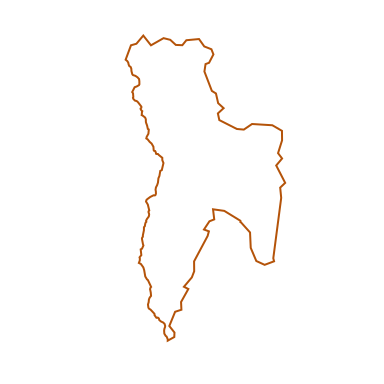 Swain, North Carolina, United States of America, rotated 284°
{"feature_id": "52423323B8638287595623", "entity_name": "Swain", "entity_type": "district", "adm_level": 2, "iso_a3": "USA", "parent_name": "United States of America", "parent_adm1": "North Carolina", "projection": "orthographic", "projection_center": [-83.557, 35.488], "detail": "fine", "context": "isolated", "style": "outline", "palette": "amber", "viewbox_px": 384, "rotation_deg": 284, "n_neighbors": 0, "source": "geoboundaries", "source_scale": "gbopen_adm2", "svg_char_len": 2684}
<svg xmlns="http://www.w3.org/2000/svg" viewBox="0 0 384 384"><g transform="rotate(284 192 192)"><path d="M304.3,95.6L303.4,97.5L302.2,98.8L300.7,99.5L299.2,100.5L298.4,102.3L296.9,103.3L294.7,104.0L291.8,105.6L291.2,106.4L291.0,109.0L290.1,111.4L288.8,113.3L286.8,114.1L283.8,114.9L282.9,114.7L281.0,112.8L279.8,111.0L274.5,109.8L273.5,110.9L269.9,112.1L269.2,111.9L268.3,112.4L267.5,113.5L266.8,114.8L266.9,115.9L266.6,117.0L265.8,118.2L262.6,122.2L262.1,122.4L261.3,122.4L260.6,121.9L260.0,122.1L258.9,123.2L258.4,124.2L257.6,124.1L254.4,124.6L254.4,125.2L252.9,128.5L251.4,129.6L248.8,130.3L247.9,130.8L245.7,132.3L242.5,133.9L242.3,134.8L242.0,135.0L238.0,135.6L234.6,134.7L232.9,134.7L232.4,136.2L230.4,138.8L229.2,141.1L226.6,143.6L223.3,144.7L222.8,145.2L222.8,146.4L221.8,147.2L220.4,147.9L220.3,148.1L220.6,149.8L219.8,151.0L218.0,154.9L215.7,155.5L213.2,157.3L205.9,157.4L204.8,156.1L199.7,156.5L197.2,156.1L192.9,156.7L190.2,156.5L187.7,155.9L185.3,156.1L183.8,156.8L181.7,157.4L180.3,157.3L179.7,156.8L179.5,155.5L177.1,152.7L174.2,150.3L173.1,149.7L171.6,149.7L169.1,152.2L163.7,155.0L162.7,154.5L161.4,154.9L160.9,155.4L159.7,155.9L157.8,156.0L154.9,154.8L153.1,154.4L152.0,154.9L151.2,154.4L150.0,154.3L147.4,154.5L146.2,153.9L143.2,154.6L138.1,154.8L137.0,155.1L136.5,155.1L135.8,154.7L134.6,154.7L129.4,157.1L128.4,157.8L124.9,157.2L123.9,156.1L118.5,158.1L115.9,156.9L114.8,157.5L113.0,157.9L110.3,157.6L109.8,159.8L107.1,163.0L104.6,164.5L98.7,167.1L96.3,169.5L95.9,170.5L90.0,175.3L89.3,174.9L87.6,174.8L84.5,176.3L81.3,177.4L79.3,176.5L77.3,176.2L74.6,176.6L72.2,176.5L69.4,177.6L68.5,178.3L67.8,180.3L64.9,184.8L64.5,185.2L63.5,185.4L61.4,187.8L61.4,188.4L61.8,188.9L61.8,189.4L61.3,190.4L59.8,191.3L58.8,193.4L58.4,195.6L57.4,197.3L55.5,198.4L54.5,198.5L52.5,198.3L50.7,198.5L47.9,199.4L46.0,201.3L45.6,202.3L43.2,204.1L41.9,204.4L47.0,209.9L51.4,209.0L56.5,202.4L71.7,204.6L75.2,210.2L82.6,208.0L97.0,211.9L98.1,207.1L109.1,212.5L115.6,213.3L125.2,210.8L153.1,217.8L157.9,217.9L158.5,212.7L167.8,216.0L170.8,220.2L180.3,216.6L181.5,227.9L175.8,245.9L175.4,246.1L174.5,246.3L174.5,246.7L174.3,247.0L166.8,258.1L152.0,262.5L140.6,271.1L138.9,280.1L144.6,288.4L147.4,286.9L207.6,280.0L208.1,279.9L217.6,276.5L223.4,280.2L238.1,267.3L246.3,271.3L250.5,266.1L263.9,266.9L273.1,264.5L276.2,253.8L272.5,233.8L265.1,227.2L264.0,220.3L268.4,201.1L274.5,198.1L281.0,202.4L284.5,195.9L293.4,191.4L294.9,186.8L311.9,174.9L319.4,174.2L321.5,177.3L330.7,179.5L335.2,176.3L336.2,168.7L342.1,161.8L337.9,149.8L332.1,147.1L330.8,140.7L334.4,134.1L334.4,127.2L324.4,116.7L332.0,106.9L322.4,102.2L319.6,97.3L304.3,95.6Z" fill="none" stroke="#b45309" stroke-width="2"/></g></svg>